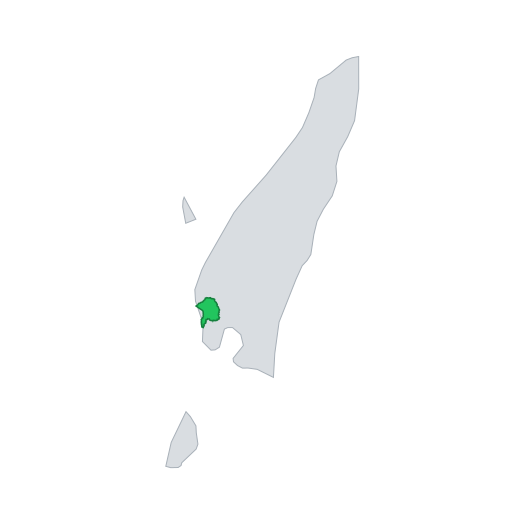 location of Atabae, Bobonaro, East Timor, rotated 311°
{"feature_id": "22284137B39370724774054", "entity_name": "Atabae", "entity_type": "district", "adm_level": 2, "iso_a3": "TLS", "parent_name": "East Timor", "parent_adm1": "Bobonaro", "projection": "orthographic", "projection_center": [125.062, -8.829], "detail": "fine", "context": "in_parent", "style": "filled", "palette": "green", "viewbox_px": 512, "rotation_deg": 311, "n_neighbors": 0, "source": "geoboundaries", "source_scale": "gbopen_adm2", "svg_char_len": 5010}
<svg xmlns="http://www.w3.org/2000/svg" viewBox="0 0 512 512"><g transform="rotate(311 256 256)"><path d="M175.8,348.8L171.2,331.2L166.3,323.6L162.5,319.3L161.2,314.0L161.4,308.4L163.7,305.9L180.2,305.2L186.7,296.1L186.6,285.3L183.4,281.6L180.1,280.1L163.2,288.2L158.3,286.7L155.4,283.8L156.3,271.7L170.3,260.5L182.2,240.0L190.5,231.9L209.9,224.2L217.8,222.1L274.3,210.9L287.8,210.2L323.6,210.6L371.5,208.3L383.4,206.8L398.8,201.9L413.7,195.9L421.6,191.1L429.9,187.6L442.2,192.1L463.0,195.5L468.7,198.5L473.9,202.6L449.5,223.9L422.8,241.6L406.3,246.9L389.3,250.5L376.4,257.3L365.4,268.1L351.4,274.1L335.7,276.1L322.3,279.3L310.1,285.6L293.1,296.4L286.2,297.5L279.0,297.2L264.9,301.4L221.2,316.8L194.8,334.1L175.8,348.8ZM38.1,325.9L59.7,314.3L92.6,305.3L91.7,311.9L88.4,322.1L83.4,326.9L75.9,335.6L71.0,337.5L51.3,335.6L48.7,336.9L45.3,336.0L40.3,330.5L38.1,325.9ZM253.2,163.2L244.3,186.5L234.6,181.5L244.9,168.5L249.9,164.6L253.2,163.2Z" fill="#d9dde1" stroke="#a8b0b8" stroke-width="1"/><path d="M192.2,246.2L191.7,246.1L191.5,245.9L191.3,245.6L191.2,245.5L190.9,245.4L190.3,245.7L190.1,245.8L189.7,246.1L189.3,246.1L188.6,245.8L188.2,245.8L187.9,245.9L187.7,245.9L187.4,245.9L187.2,245.7L186.8,245.8L186.3,245.9L186.0,245.7L185.2,245.1L184.9,244.9L184.4,244.8L183.6,244.7L183.3,244.4L183.0,244.0L182.8,244.0L182.1,243.9L181.6,244.0L181.4,244.1L181.1,244.1L180.6,244.1L180.1,244.0L178.9,243.6L178.8,243.9L179.0,244.4L179.2,245.6L179.2,246.2L179.2,246.6L179.3,247.4L179.3,247.8L179.5,248.5L179.5,249.2L179.7,250.0L179.7,250.6L179.8,251.5L179.7,251.7L179.6,252.0L179.5,252.3L179.4,252.4L179.3,252.7L179.1,252.9L178.8,253.1L178.6,253.3L178.4,253.4L178.4,253.5L178.2,253.7L178.0,253.9L177.9,254.0L177.7,254.2L177.6,254.4L177.4,254.6L177.2,254.7L176.9,254.8L176.5,255.1L176.3,255.4L176.2,255.6L176.0,255.8L175.9,255.9L175.6,256.0L175.0,256.1L174.8,256.2L174.6,256.2L174.3,256.3L174.2,256.4L174.2,256.5L173.9,256.5L173.9,256.4L173.8,256.5L173.7,256.5L173.6,256.3L173.3,256.3L173.1,256.4L172.9,256.4L172.7,256.4L172.4,256.3L172.1,256.4L172.1,256.5L171.9,256.6L171.8,256.8L171.7,256.8L171.6,256.7L171.5,256.8L171.5,256.7L171.5,256.8L171.5,257.0L171.4,257.3L171.2,257.5L170.8,257.8L170.7,257.7L170.5,257.8L170.3,258.0L170.1,258.4L169.9,258.4L169.7,258.5L169.5,259.0L169.3,259.0L169.2,259.1L169.2,259.3L168.9,259.6L168.8,259.8L168.6,259.7L168.5,259.8L168.5,260.0L168.3,260.1L168.2,260.3L168.0,260.5L167.9,260.8L167.6,260.9L167.5,261.1L167.4,261.2L167.5,261.2L167.3,262.3L167.2,262.6L167.3,262.9L167.3,263.1L167.5,263.1L167.8,262.9L168.0,262.7L168.3,262.8L168.6,262.7L169.0,262.7L169.4,262.3L169.6,262.3L169.6,262.2L169.9,261.8L170.2,261.7L170.4,261.6L170.5,261.6L170.8,261.6L171.0,261.7L171.5,261.8L171.9,261.9L172.0,261.8L172.2,262.0L172.4,261.9L172.4,262.0L172.5,262.0L172.8,261.9L172.9,261.7L173.0,261.5L173.1,261.4L173.3,261.4L173.5,261.4L173.5,261.1L173.9,261.1L174.0,261.0L174.1,260.9L174.0,260.7L174.4,260.4L174.5,260.4L174.8,260.4L175.0,260.2L175.3,260.0L175.5,260.2L175.5,260.3L175.6,260.6L175.8,260.7L176.1,260.9L176.3,260.8L176.5,260.8L176.8,260.7L176.8,260.8L177.0,261.0L177.2,261.3L177.3,261.5L177.6,261.7L177.8,261.8L177.9,262.0L177.8,262.3L177.7,262.3L177.5,262.6L177.3,262.9L177.3,263.0L177.3,263.3L177.5,263.6L177.5,263.9L177.8,264.3L178.0,264.8L178.3,265.0L178.5,265.3L178.8,265.6L178.9,265.8L178.8,266.0L179.1,265.9L179.3,265.9L179.6,266.3L179.8,266.4L179.8,266.6L180.0,266.9L180.1,267.2L180.2,267.4L180.4,267.4L180.5,267.4L180.5,267.5L180.9,268.1L181.0,268.1L181.2,268.3L181.5,268.3L181.9,268.6L182.1,268.6L182.1,268.8L182.3,268.8L182.5,268.8L182.8,268.9L183.1,268.9L183.1,269.0L183.3,269.0L183.3,268.9L183.4,269.0L183.5,269.1L183.8,269.1L184.0,269.0L184.2,268.9L184.3,269.1L184.4,269.3L184.5,269.2L184.9,269.0L185.1,268.9L185.5,268.9L185.5,268.7L185.6,268.4L185.7,267.9L185.9,267.7L186.0,267.6L186.2,267.2L186.3,267.0L186.4,266.8L186.4,266.7L186.8,266.5L187.0,266.3L187.1,266.2L187.5,266.3L187.5,266.2L187.5,265.7L188.7,265.3L188.9,265.3L189.1,265.3L189.2,265.2L189.1,264.7L189.3,264.6L189.6,264.7L189.8,264.6L190.0,264.5L190.3,264.1L190.5,264.0L190.9,264.1L191.1,263.8L191.4,263.6L191.5,263.6L191.6,263.4L191.6,263.0L191.6,262.8L191.8,262.4L192.1,262.1L192.4,261.5L192.5,261.4L192.7,261.1L192.8,260.9L192.8,260.7L192.8,259.7L192.8,259.4L193.1,259.1L193.3,258.9L193.5,258.8L193.7,258.7L194.0,258.6L194.2,258.4L194.2,258.0L194.1,257.8L194.1,257.6L194.3,257.4L194.5,257.1L194.7,256.8L194.9,256.4L194.8,255.9L194.7,255.8L194.7,255.4L194.8,255.2L194.8,254.9L195.1,254.1L195.2,253.9L195.3,253.8L195.4,253.7L195.9,253.5L196.1,253.3L196.2,253.1L196.2,252.9L196.0,252.7L195.8,252.5L195.7,252.4L195.7,251.8L195.7,251.7L195.5,251.3L195.4,251.2L195.2,251.1L194.9,251.0L194.8,250.9L194.8,250.6L194.7,250.4L194.5,250.0L194.4,249.8L194.4,249.7L194.6,249.5L194.7,249.2L194.6,248.9L194.3,248.8L194.0,248.7L193.9,248.6L193.9,248.3L193.5,248.0L193.4,247.9L193.0,247.6L192.9,247.5L192.8,247.3L192.8,247.2L192.7,246.9L192.5,246.6L192.2,246.4L192.2,246.2Z" fill="#22c55e" stroke="#15803d" stroke-width="1.5"/></g></svg>